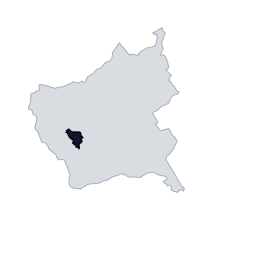 Basoko, Orientale, Democratic Republic of the Congo (highlighted), rotated 239°
{"feature_id": "63176286B83726148102259", "entity_name": "Basoko", "entity_type": "district", "adm_level": 2, "iso_a3": "COD", "parent_name": "Democratic Republic of the Congo", "parent_adm1": "Orientale", "projection": "orthographic", "projection_center": [23.828, 1.677], "detail": "fine", "context": "in_parent", "style": "filled", "palette": "ink", "viewbox_px": 256, "rotation_deg": 239, "n_neighbors": 0, "source": "geoboundaries", "source_scale": "gbopen_adm2", "svg_char_len": 6379}
<svg xmlns="http://www.w3.org/2000/svg" viewBox="0 0 256 256"><g transform="rotate(239 128 128)"><path d="M205.5,164.3L189.5,166.9L189.8,167.8L189.7,168.7L189.2,169.5L187.6,171.4L185.2,173.2L185.1,173.7L186.3,175.7L187.1,178.4L186.8,183.3L187.1,184.6L187.0,185.6L186.2,186.7L184.5,192.5L185.5,195.3L188.6,198.0L190.4,199.9L193.5,200.6L194.0,200.5L194.2,198.9L196.6,198.2L196.4,208.5L196.2,209.1L195.8,209.2L195.2,208.9L195.0,207.9L194.4,207.5L191.4,208.8L190.6,208.7L189.8,208.5L189.2,208.0L189.0,207.2L187.0,204.2L185.9,204.0L184.8,201.3L180.1,199.4L178.3,199.2L177.4,198.6L176.5,196.5L174.9,195.1L174.6,193.6L174.2,193.4L173.3,193.7L172.4,196.1L171.3,196.7L169.4,196.7L164.5,196.0L161.1,194.8L160.1,194.9L158.8,193.8L158.2,191.9L158.5,190.5L158.3,190.3L152.9,191.5L151.7,192.2L150.4,192.0L150.1,191.6L150.6,190.7L150.3,189.6L150.0,189.1L148.4,188.7L147.9,187.5L146.9,187.4L146.6,187.5L146.4,188.3L145.8,188.6L142.6,188.2L139.3,189.2L134.9,188.9L132.8,190.2L132.4,190.1L132.0,189.5L131.6,187.6L131.8,187.0L132.4,186.6L132.7,185.8L132.4,183.8L132.6,183.3L132.4,182.1L131.7,180.3L130.8,178.7L128.7,176.4L128.4,175.4L128.5,172.8L129.1,168.7L129.0,165.7L128.2,163.7L128.0,161.6L128.5,157.7L128.0,156.8L117.8,156.5L117.4,156.2L117.2,155.7L117.6,153.4L111.5,154.0L109.6,154.4L108.5,155.3L108.1,156.5L108.1,158.2L107.2,159.7L106.9,162.4L105.2,162.7L103.5,162.7L100.2,162.1L97.0,162.9L95.5,163.6L94.6,163.3L91.8,163.5L91.4,163.3L88.0,158.0L86.5,156.2L86.2,155.4L86.3,154.5L85.9,153.4L84.4,150.7L84.1,149.4L84.1,147.4L83.9,146.8L82.5,145.0L81.6,144.5L80.6,144.2L64.1,144.3L58.7,144.0L54.7,144.2L52.7,144.0L52.1,143.8L50.3,144.1L49.4,144.8L48.0,145.2L47.1,145.1L45.4,143.1L47.7,142.7L47.9,142.5L47.9,137.8L47.3,137.1L48.5,136.3L50.5,134.2L52.4,133.5L52.7,133.1L53.1,133.1L53.8,134.0L55.5,135.1L57.6,134.1L57.8,133.9L58.1,131.8L58.6,131.6L59.5,132.1L60.0,132.1L60.9,131.5L63.5,130.5L64.4,131.8L63.6,133.0L64.0,133.8L64.1,135.1L64.5,135.4L66.6,135.6L67.2,135.3L71.4,130.6L72.5,130.1L74.2,128.2L76.6,127.4L77.6,125.9L78.9,123.3L79.5,119.5L79.2,113.0L79.4,112.1L82.2,109.2L85.2,103.8L87.1,102.4L88.6,101.8L90.9,99.9L92.7,97.9L92.5,95.5L92.9,93.6L93.9,91.1L94.2,88.4L93.9,85.6L94.0,83.4L95.4,79.7L95.5,75.5L96.8,72.0L99.2,67.6L100.4,64.3L100.2,61.0L100.5,58.6L100.4,57.2L99.9,55.9L100.2,55.2L101.1,54.8L102.2,53.6L104.3,50.4L106.5,48.8L108.1,48.4L109.7,48.4L110.7,48.7L112.4,50.0L114.4,51.0L115.8,52.2L117.2,54.2L120.7,54.6L122.2,55.3L123.1,55.6L123.4,55.4L124.1,55.5L125.8,56.1L127.1,55.8L133.5,57.1L134.2,56.4L136.0,53.1L137.3,51.9L139.5,51.8L141.2,52.4L142.2,52.4L150.0,49.6L151.0,49.4L153.9,50.1L155.8,49.7L156.5,49.8L158.1,49.3L159.4,47.3L160.5,46.8L171.8,48.9L173.5,47.9L174.3,47.8L176.8,48.5L177.6,49.8L179.1,50.8L180.2,52.6L181.9,53.6L182.8,54.5L183.7,55.1L185.8,55.4L188.4,53.8L190.2,53.9L192.1,54.8L192.7,54.8L194.1,53.8L194.8,52.8L195.5,52.6L196.6,53.0L197.5,54.0L198.3,55.3L201.2,58.3L203.9,59.6L204.6,61.4L205.5,61.2L206.0,61.4L206.8,62.6L207.3,62.8L207.4,63.3L206.7,64.4L206.1,66.5L206.9,67.8L206.2,69.7L205.9,71.6L206.7,72.1L207.9,72.1L208.9,73.1L209.8,73.2L210.6,74.3L210.4,75.2L207.8,78.4L203.7,82.3L202.4,82.7L201.7,83.5L201.2,84.6L200.0,85.6L199.1,86.0L199.0,88.8L197.7,91.7L197.1,92.3L196.4,97.0L196.5,97.8L195.8,101.7L195.9,105.3L193.9,106.4L192.6,108.2L192.0,109.4L192.0,112.3L189.8,114.1L189.6,114.5L190.2,116.6L191.0,116.9L191.0,117.6L192.8,119.8L192.6,126.6L192.7,127.3L193.7,128.9L194.3,131.9L193.5,135.8L195.9,143.0L194.8,145.6L195.3,148.1L196.7,150.7L200.1,153.3L201.0,154.4L201.9,155.8L202.6,158.0L205.5,164.3Z" fill="#d9dde1" stroke="#a8b0b8" stroke-width="1"/><path d="M143.5,72.3L143.4,72.6L143.4,72.9L143.6,74.0L143.3,74.0L143.2,74.1L142.9,74.1L142.7,74.1L142.5,73.9L142.4,73.9L142.2,73.8L142.2,73.7L141.9,73.6L141.7,73.5L141.7,73.4L141.4,73.3L141.2,73.5L141.3,73.8L141.2,74.0L141.3,74.2L141.2,74.3L141.4,74.5L141.3,74.8L141.2,74.9L140.9,74.8L140.7,74.8L140.5,75.0L140.3,75.0L140.2,74.9L140.0,74.7L139.9,74.7L139.6,74.5L139.6,74.4L139.4,74.2L139.2,74.0L138.9,73.9L138.7,73.8L138.5,74.1L138.4,74.1L138.2,74.2L138.3,74.3L138.1,74.3L137.9,74.5L138.0,74.6L137.9,74.8L137.7,74.9L137.6,75.0L137.4,75.1L137.3,75.3L137.2,75.3L137.0,75.5L136.8,75.4L136.7,75.5L136.4,75.4L136.2,75.3L136.0,75.2L135.9,75.2L135.7,75.3L135.8,75.4L135.8,75.5L136.0,75.7L136.0,75.9L136.1,76.0L136.3,76.1L136.6,76.2L136.7,76.3L136.8,76.4L137.0,76.5L137.5,76.6L138.2,76.7L138.4,76.8L138.5,77.0L139.0,77.4L139.1,77.6L139.3,77.9L139.3,78.0L139.5,78.1L139.4,78.2L139.5,78.4L139.6,78.5L139.8,78.7L139.9,78.8L139.9,79.0L140.0,79.0L140.0,79.3L139.9,79.5L139.8,79.8L139.7,79.9L139.6,80.0L140.4,81.3L140.5,81.4L140.3,81.7L140.4,81.8L140.5,81.8L140.6,81.7L141.0,81.5L141.3,81.5L141.6,81.5L142.0,81.8L142.4,82.2L142.7,82.6L143.0,83.0L143.2,83.3L143.2,83.7L143.2,83.8L143.3,83.7L143.5,83.7L143.6,83.8L143.8,84.0L144.0,84.1L144.4,84.1L144.5,84.0L144.5,83.9L144.7,83.7L144.8,83.6L145.0,83.6L145.3,83.7L145.4,83.8L145.6,83.8L146.1,83.9L146.4,83.9L146.4,84.0L146.5,84.0L146.8,84.1L147.0,84.2L147.2,84.3L147.3,84.3L147.6,84.5L147.9,84.6L148.1,84.7L148.4,84.7L148.5,84.8L148.7,84.7L148.8,84.6L149.0,84.5L149.6,84.0L149.7,83.9L149.9,83.7L150.0,83.4L150.1,83.2L150.3,82.8L150.3,82.7L150.5,82.6L150.9,82.0L151.1,81.7L150.9,81.5L150.8,81.4L151.1,81.2L151.5,80.9L151.9,80.4L152.0,80.0L152.1,79.8L152.1,79.7L152.3,79.5L152.6,79.2L152.8,78.9L153.0,78.6L153.2,78.2L153.4,78.0L153.6,77.9L153.9,77.7L154.1,77.6L154.4,77.5L155.1,77.2L155.6,77.1L156.0,76.9L156.6,76.8L156.8,76.8L156.9,76.7L157.3,76.7L157.5,76.5L157.4,76.4L157.3,74.3L157.3,74.2L157.3,73.9L157.2,73.9L156.9,73.9L156.7,73.8L156.7,73.7L156.4,73.5L156.2,73.4L156.2,73.5L156.1,73.4L156.0,73.5L155.9,73.5L155.9,73.4L155.8,73.5L155.7,73.5L155.7,73.4L155.6,73.5L155.5,73.4L155.4,73.4L155.3,73.5L155.2,73.5L154.9,73.4L154.8,73.2L154.8,73.3L154.6,73.4L153.3,73.4L151.2,73.2L151.2,73.3L150.9,73.5L150.4,73.6L150.3,73.4L150.2,73.3L149.9,73.3L149.6,73.4L149.3,73.4L149.2,73.4L149.0,73.6L148.9,73.7L148.7,73.8L148.2,73.9L147.9,73.8L147.7,73.9L147.8,73.9L147.8,74.0L147.7,74.0L147.8,74.2L148.0,74.4L147.7,74.5L147.4,74.6L147.2,74.6L147.0,74.9L146.9,75.0L146.6,75.0L146.4,75.0L146.3,74.9L146.2,74.7L145.9,74.6L145.7,74.6L145.3,74.6L145.2,74.6L144.9,74.4L144.7,74.3L144.6,74.2L144.4,74.1L144.2,74.0L143.9,74.0L143.7,74.0L143.8,73.9L143.8,73.6L143.8,73.3L143.8,73.2L143.6,72.9L143.6,72.7L143.5,72.4L143.5,72.3Z" fill="#0f172a" stroke="#020617" stroke-width="1.5"/></g></svg>